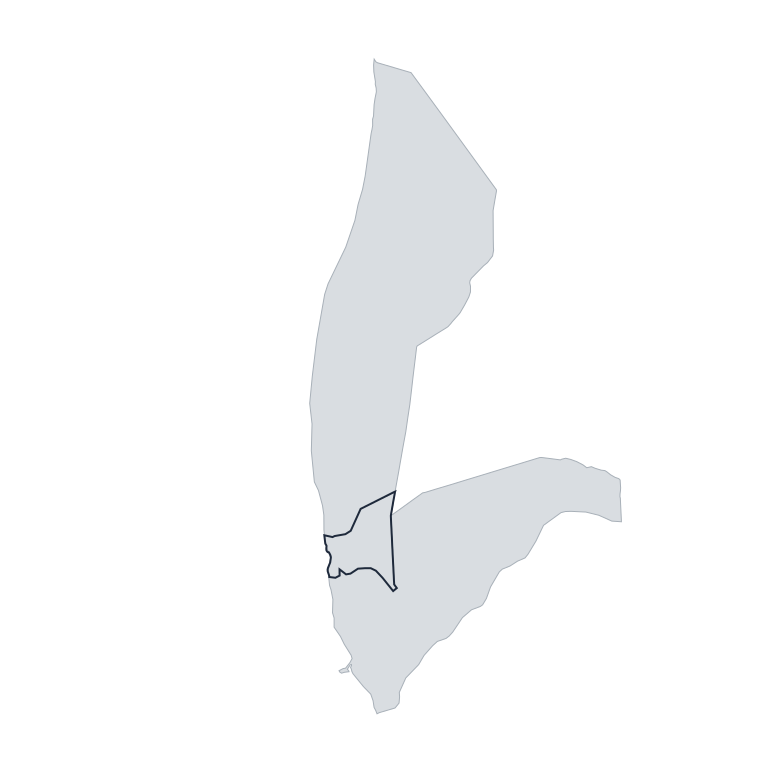 location of Nugaal within Somalia, rotated 144°
{"feature_id": "SOM-2413", "entity_name": "Nugaal", "entity_type": "Region", "adm_level": 1, "iso_a3": "SOM", "parent_name": "Somalia", "parent_adm1": "", "projection": "orthographic", "projection_center": [49.001, 8.49], "detail": "fine", "context": "in_parent", "style": "outline", "palette": "slate", "viewbox_px": 768, "rotation_deg": 144, "n_neighbors": 0, "source": "natural_earth", "source_scale": "10m", "svg_char_len": 3408}
<svg xmlns="http://www.w3.org/2000/svg" viewBox="0 0 768 768"><g transform="rotate(144 384 384)"><path d="M201.2,649.4L200.5,647.8L196.8,643.0L189.8,633.9L184.5,627.0L179.1,620.0L179.1,614.4L179.0,597.9L178.9,564.9L178.9,531.8L178.9,498.6L178.9,482.0L178.9,475.2L179.5,474.1L185.7,468.1L193.8,460.2L204.6,445.1L210.5,436.9L215.3,430.0L216.6,427.9L220.9,423.8L228.9,421.4L233.9,421.1L251.1,418.2L253.7,417.0L255.2,415.5L256.6,412.2L260.0,407.6L264.3,404.5L272.6,400.4L280.6,396.9L282.4,396.4L292.1,394.3L294.5,393.6L298.4,392.8L299.9,392.8L313.3,393.8L323.9,394.5L334.7,395.3L335.8,394.8L343.4,386.6L355.6,373.5L363.3,365.1L375.2,352.2L384.4,342.9L394.5,332.5L404.4,323.1L416.2,311.7L423.6,304.5L435.2,293.4L446.2,282.8L455.9,273.4L442.5,273.3L429.5,273.3L416.7,273.2L414.4,272.1L403.6,268.4L390.0,263.6L373.1,257.8L361.0,253.6L348.2,249.2L335.2,244.7L325.1,241.2L312.4,236.8L301.4,233.0L299.9,232.1L293.8,226.4L285.9,218.9L284.4,218.7L280.6,217.1L277.2,213.1L273.7,207.9L270.5,201.5L269.2,197.1L264.8,195.2L262.8,191.8L258.9,186.6L256.2,184.1L255.3,181.9L254.1,177.5L251.9,172.6L249.8,169.6L249.4,168.3L249.5,167.4L253.6,160.9L255.5,158.6L257.6,156.4L259.3,154.2L260.0,152.6L265.0,145.0L269.4,138.3L272.9,133.0L280.3,139.2L287.4,151.6L295.9,161.7L307.6,171.1L312.2,174.2L316.4,175.9L338.0,175.9L353.4,167.6L367.4,161.7L372.1,160.4L380.2,162.2L389.1,162.7L397.1,164.7L401.2,164.2L417.1,157.2L427.2,150.3L434.0,147.4L436.7,147.4L445.9,149.9L457.9,148.9L474.2,142.9L479.4,141.8L483.3,141.7L492.2,144.4L493.6,144.2L498.4,143.7L511.1,140.9L520.9,136.6L539.1,133.4L552.9,125.5L555.3,121.7L559.4,117.0L565.5,115.4L581.0,120.9L583.5,121.3L582.6,124.7L582.1,128.2L579.0,134.2L577.0,140.9L578.5,151.2L579.4,167.8L579.0,170.2L578.0,172.6L577.6,174.5L575.9,175.2L575.2,176.2L576.4,176.7L581.3,174.8L581.1,172.8L581.4,171.8L585.4,174.0L588.3,175.0L589.1,177.0L588.9,178.5L584.4,177.8L582.1,176.7L575.4,178.6L571.2,180.6L570.0,183.9L569.1,196.9L567.6,205.4L567.3,216.6L561.9,224.0L560.1,229.2L552.0,239.7L547.8,248.7L546.4,253.1L539.3,265.3L529.4,274.8L525.9,286.8L522.4,294.3L518.4,301.2L509.7,313.3L505.2,321.8L499.6,336.4L497.9,345.7L482.1,372.6L465.7,394.0L455.5,412.0L437.1,432.8L412.1,459.7L379.3,491.4L370.4,497.9L334.5,517.2L311.3,533.5L299.4,544.5L286.9,554.1L277.1,563.2L247.3,594.1L244.2,596.9L241.3,599.7L237.6,604.9L235.0,606.9L227.9,615.7L223.4,620.3L218.5,624.8L216.4,628.0L214.9,631.6L213.2,633.7L208.8,642.4L204.9,648.2L201.0,652.6L201.2,649.4Z" fill="#d9dde1" stroke="#a8b0b8" stroke-width="1"/><path d="M438.3,290.4L438.7,290.1L440.6,288.2L442.5,286.4L444.5,284.5L446.4,282.7L448.3,280.8L450.2,279.0L452.1,277.1L454.0,275.3L455.9,273.4L458.3,269.8L460.7,266.2L463.0,262.6L465.4,259.0L467.7,255.4L470.1,251.8L472.5,248.2L474.8,244.6L477.2,241.0L479.5,237.4L481.9,233.8L484.2,230.2L486.6,226.6L488.9,223.0L491.3,219.4L493.6,215.8L493.6,211.4L498.3,211.1L499.1,228.1L500.3,237.7L503.0,242.8L507.4,246.0L513.6,249.9L522.6,250.3L526.6,252.3L528.9,260.2L530.9,257.4L532.5,255.1L537.2,255.8L541.7,260.0L541.3,260.6L540.8,261.8L539.7,265.4L538.8,266.9L537.5,268.1L532.5,271.2L529.0,274.8L528.4,275.9L527.9,277.4L527.5,280.2L527.7,280.6L528.3,281.0L528.5,281.9L528.4,282.9L528.2,283.6L527.1,285.2L525.9,286.5L525.5,287.2L525.4,288.9L525.2,289.6L521.2,296.7L515.6,290.4L513.3,290.0L503.5,285.2L497.2,284.8L476.3,296.7L439.6,290.7L439.3,290.6L438.3,290.4Z" fill="none" stroke="#1e293b" stroke-width="2"/></g></svg>